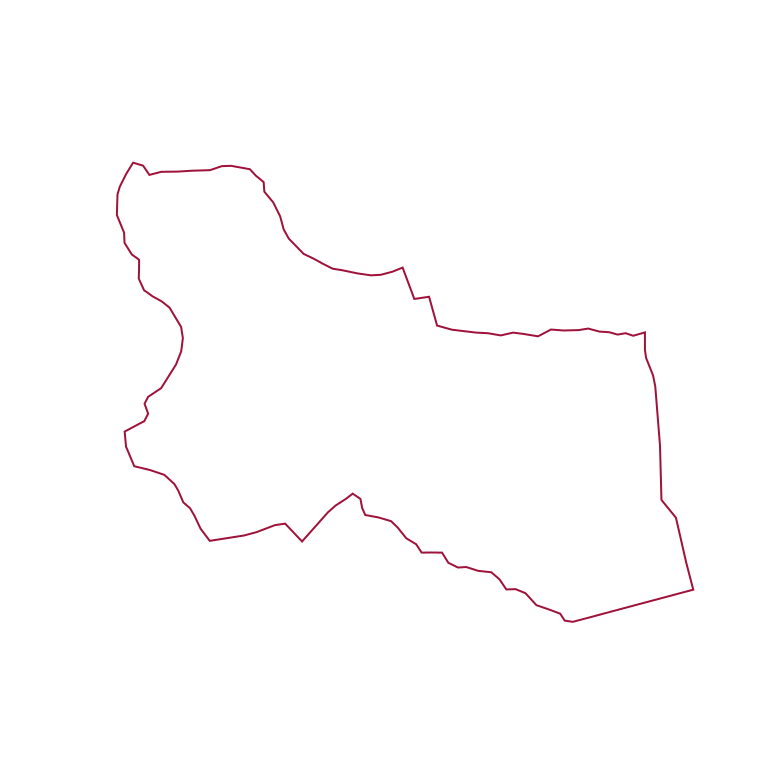 the district of Mirador, Paraná, Brazil, rotated 75°
{"feature_id": "56859067B94661520403732", "entity_name": "Mirador", "entity_type": "district", "adm_level": 2, "iso_a3": "BRA", "parent_name": "Brazil", "parent_adm1": "Paraná", "projection": "orthographic", "projection_center": [-52.761, -23.203], "detail": "fine", "context": "isolated", "style": "outline", "palette": "rose", "viewbox_px": 768, "rotation_deg": 75, "n_neighbors": 0, "source": "geoboundaries", "source_scale": "gbopen_adm2", "svg_char_len": 1689}
<svg xmlns="http://www.w3.org/2000/svg" viewBox="0 0 768 768"><g transform="rotate(75 384 384)"><path d="M105.3,569.1L114.4,578.7L125.0,588.1L132.0,592.4L151.7,598.3L170.6,595.9L180.5,598.1L193.6,594.1L200.6,588.4L210.1,591.0L218.7,593.6L231.3,591.5L239.6,584.7L246.5,577.5L254.7,571.4L276.4,565.2L287.6,566.4L299.9,571.4L311.3,579.8L330.3,600.3L335.3,615.1L341.1,620.4L351.6,619.5L357.8,625.1L362.8,646.8L377.8,649.4L398.8,646.5L406.6,632.2L414.9,619.7L426.3,612.4L433.8,610.3L446.4,608.5L453.8,603.5L462.1,601.2L476.4,598.6L490.4,592.9L494.1,558.4L494.1,545.5L492.1,525.8L493.3,515.6L514.9,503.9L493.4,471.3L488.9,462.3L485.0,450.3L481.8,442.6L488.9,436.5L498.2,437.2L505.7,436.0L511.4,424.0L518.3,412.7L525.9,408.1L538.8,402.4L547.1,394.4L556.6,391.3L559.0,381.9L561.9,371.6L573.4,368.1L580.4,360.1L582.1,351.9L588.9,341.3L593.6,329.1L602.6,323.0L614.1,319.0L616.2,310.0L622.7,301.5L637.1,294.0L645.0,282.3L651.4,273.3L659.3,270.7L662.6,263.2L662.7,138.5L634.7,138.3L588.7,136.6L567.8,146.0L515.2,133.4L456.5,122.6L445.4,121.9L426.5,124.1L418.5,123.1L401.7,118.6L401.9,130.8L397.5,137.4L396.7,145.6L392.3,153.0L389.1,162.4L383.3,172.4L382.3,182.1L378.8,196.7L374.6,208.6L377.8,222.9L371.4,237.1L367.8,246.0L367.3,258.6L361.8,270.6L358.2,281.7L349.2,304.2L341.3,317.6L311.4,317.9L309.7,332.7L276.4,335.9L277.7,346.7L277.7,358.7L275.7,368.4L270.3,381.0L263.3,394.9L259.3,403.8L251.9,412.1L245.3,418.9L237.5,428.0L228.1,433.2L219.0,438.3L208.7,440.9L195.3,440.9L179.9,444.0L167.3,449.8L157.8,448.0L149.7,453.8L141.8,458.0L133.7,475.2L131.6,484.3L132.4,496.8L128.3,514.2L125.4,528.5L121.4,544.2L121.3,556.5L110.7,560.2L105.3,569.1Z" fill="none" stroke="#9f1239" stroke-width="2"/></g></svg>